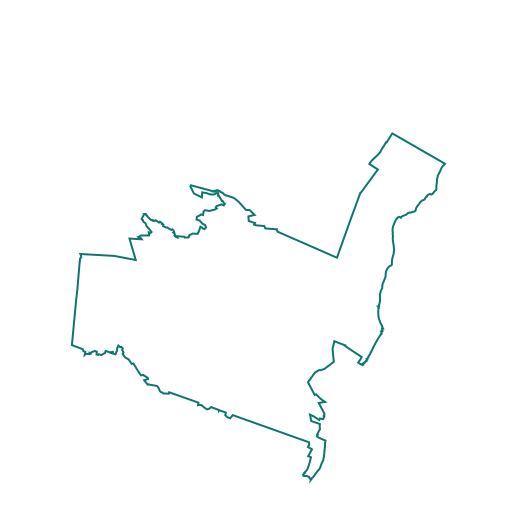 outline of Salacgrīvas pag., Salacgrivas, Latvia, rotated 208°
{"feature_id": "27541924B75150818202783", "entity_name": "Salacgrīvas pag.", "entity_type": "district", "adm_level": 2, "iso_a3": "LVA", "parent_name": "Latvia", "parent_adm1": "Salacgrivas", "projection": "robinson", "projection_center": [24.43, 57.695], "detail": "fine", "context": "isolated", "style": "outline", "palette": "teal", "viewbox_px": 512, "rotation_deg": 208, "n_neighbors": 0, "source": "geoboundaries", "source_scale": "gbopen_adm2", "svg_char_len": 6062}
<svg xmlns="http://www.w3.org/2000/svg" viewBox="0 0 512 512"><g transform="rotate(208 256 256)"><path d="M412.0,175.3L411.2,174.7L409.7,172.9L410.1,171.2L408.9,168.2L409.0,168.2L398.4,143.5L393.9,132.1L376.7,90.9L365.2,92.4L363.8,91.0L361.8,91.2L360.8,88.2L360.2,89.8L356.8,91.3L357.5,92.4L356.4,92.6L356.5,92.7L355.6,94.5L354.4,95.6L353.9,96.4L351.6,96.8L350.6,94.2L348.8,94.7L348.7,95.4L346.2,95.9L345.5,96.8L343.8,99.6L344.2,101.6L340.7,102.2L339.4,102.1L338.4,102.3L338.9,103.0L337.4,104.2L336.4,102.7L333.9,103.3L334.3,105.1L334.2,106.7L335.3,109.7L335.5,112.3L333.0,111.7L332.3,112.5L330.2,111.9L330.1,110.2L327.6,108.6L327.7,106.8L323.8,105.0L319.8,104.9L315.3,102.4L313.8,103.6L306.6,99.3L301.6,96.6L299.7,98.0L294.3,97.6L293.6,96.6L296.4,93.8L291.2,91.6L290.8,92.1L282.2,94.8L279.1,93.2L278.3,92.2L277.4,91.6L276.1,91.2L275.3,91.4L273.9,91.4L273.4,91.1L268.3,93.5L268.7,94.9L238.0,99.5L237.2,97.1L236.2,98.0L234.0,98.7L230.4,97.9L227.3,97.6L225.8,98.9L225.1,100.4L225.1,100.8L224.5,101.7L223.7,101.6L216.7,102.6L216.3,102.1L216.3,102.5L209.1,103.6L208.4,101.0L205.7,100.3L202.6,100.5L201.8,104.6L121.7,116.4L120.3,114.3L120.5,111.8L115.8,111.6L115.9,103.8L113.0,104.1L111.2,96.8L110.5,91.7L110.7,90.2L111.5,87.7L111.0,87.5L111.8,85.1L110.8,84.1L109.0,84.8L108.1,85.5L105.5,85.9L105.1,85.7L104.7,85.1L103.4,84.8L103.4,84.6L102.6,84.1L102.5,83.8L102.3,84.7L102.7,84.8L102.7,85.0L101.7,88.1L100.4,96.5L100.0,97.4L100.0,99.2L100.7,103.6L100.7,104.3L100.8,106.7L100.7,107.2L101.1,108.6L101.6,109.2L101.6,110.1L104.0,116.1L104.5,116.6L104.6,117.6L105.9,120.8L106.8,122.4L106.9,123.0L107.5,124.0L108.0,125.6L114.8,125.1L117.5,125.3L117.5,127.1L118.1,127.0L118.3,131.1L118.1,132.8L120.0,135.9L120.7,137.6L129.8,136.2L133.8,141.3L129.7,141.5L123.1,140.9L123.2,142.6L120.2,143.4L120.4,146.6L121.1,146.6L121.3,148.7L131.6,155.7L126.5,159.6L131.3,160.1L138.1,162.0L139.0,160.9L150.8,168.9L150.7,170.8L150.4,171.0L150.0,175.2L149.2,180.9L146.7,184.9L144.9,185.8L144.5,186.5L142.7,188.2L137.6,199.0L144.8,209.9L146.8,217.5L136.7,218.8L136.8,218.7L130.6,217.9L115.3,216.4L115.3,213.7L115.7,209.8L112.1,209.6L110.6,209.8L110.6,210.1L111.0,210.3L111.2,210.6L110.4,210.9L110.9,211.6L110.9,211.9L110.0,212.7L110.1,213.1L109.8,213.4L110.0,214.0L109.5,214.4L109.6,214.9L109.2,215.3L109.6,215.6L109.5,216.0L109.3,216.3L109.5,216.5L109.3,216.7L109.6,216.9L109.4,217.0L109.6,217.2L109.4,217.5L109.6,217.7L109.4,218.2L109.6,218.6L109.2,219.0L109.5,219.3L109.5,221.0L109.4,222.0L109.1,222.8L109.5,224.4L109.4,225.1L109.2,225.5L109.4,226.5L109.2,227.4L109.6,228.8L109.6,232.3L109.4,240.6L109.0,245.3L108.8,245.5L109.1,245.7L109.0,246.2L108.7,246.6L109.0,247.3L109.5,247.6L109.5,247.9L110.0,248.1L109.2,248.8L109.5,249.0L109.4,249.5L109.8,249.6L109.8,250.1L110.3,250.4L110.2,250.8L110.7,251.3L110.5,251.7L110.1,251.8L111.1,252.5L111.3,252.9L112.4,253.6L112.6,254.0L114.9,255.5L118.2,258.5L119.6,260.3L121.9,264.1L123.5,267.8L123.3,268.0L124.4,268.5L123.9,268.7L123.7,269.4L124.2,270.1L124.2,270.5L124.5,270.7L124.4,270.9L125.3,274.3L126.0,275.9L127.8,278.7L128.8,280.6L128.8,281.8L129.4,283.5L129.5,287.0L130.2,288.2L131.2,291.2L131.3,292.4L131.1,293.1L131.4,293.9L131.7,297.2L132.1,299.0L133.3,301.5L133.8,303.2L134.1,304.9L134.0,307.7L133.2,309.9L132.0,311.4L132.2,312.7L133.4,314.9L134.4,317.4L135.5,322.5L137.1,326.6L139.8,330.4L139.8,330.7L140.4,331.2L142.4,333.9L143.9,336.4L144.0,337.3L145.7,339.6L146.4,341.3L147.3,342.4L148.4,344.8L148.9,346.7L149.1,348.9L149.3,349.5L149.5,354.0L148.8,356.8L147.6,358.0L146.0,357.8L146.0,358.7L145.2,360.3L142.9,362.8L142.0,365.3L141.5,365.9L139.5,367.1L138.6,368.4L137.5,369.1L136.5,370.6L136.4,371.1L137.0,372.8L137.1,374.1L136.9,376.6L136.6,377.5L136.2,381.0L135.3,383.1L134.3,384.1L133.7,385.2L133.6,387.5L133.3,388.1L133.5,388.1L133.2,389.8L132.7,391.0L131.5,392.5L130.1,392.5L129.5,393.2L129.3,393.6L129.4,394.1L129.1,394.8L128.5,397.7L128.0,398.6L128.0,399.3L128.3,400.0L129.8,402.9L130.4,404.6L130.5,405.2L132.3,408.9L132.6,410.7L133.2,412.1L133.2,413.5L133.1,414.1L133.3,415.9L133.1,417.5L133.4,418.2L133.5,421.7L133.3,422.9L132.9,423.9L132.4,426.2L193.2,428.2L194.0,417.6L194.5,417.6L195.2,408.2L195.0,406.5L195.5,403.9L198.4,395.3L199.0,392.5L199.1,390.4L189.0,389.6L193.2,360.7L193.5,360.6L189.6,332.5L183.7,292.5L248.2,287.6L250.3,289.0L250.3,289.3L260.7,284.7L262.8,286.3L270.2,283.2L272.4,282.8L272.3,284.6L278.8,283.5L281.3,287.4L276.5,291.6L283.3,293.6L286.3,291.9L296.9,295.8L302.3,296.8L304.2,296.7L310.6,295.6L310.7,295.3L313.1,295.3L314.2,296.0L315.0,295.8L315.6,296.1L316.7,295.9L318.9,296.3L319.7,295.8L320.6,296.1L320.8,295.6L321.2,295.5L321.0,295.2L322.3,294.6L322.0,294.5L322.4,293.7L323.2,293.5L323.3,293.1L323.5,293.0L324.3,293.0L324.6,292.6L325.6,292.7L346.6,287.9L346.5,286.5L340.1,282.0L331.3,282.4L333.4,286.9L329.2,288.3L326.3,288.6L322.8,290.0L321.0,291.8L320.3,293.1L318.9,293.8L317.9,291.4L317.0,291.8L312.0,288.6L311.3,289.0L309.0,287.6L308.1,287.6L308.2,285.5L310.6,285.4L314.2,281.7L314.5,280.3L312.9,279.6L314.1,277.7L318.4,273.8L322.6,272.5L323.2,270.8L322.0,267.3L324.0,266.9L324.0,266.6L326.6,262.8L325.6,260.3L322.3,260.8L318.7,259.4L315.4,259.4L313.5,257.7L314.1,255.5L316.1,255.3L316.8,255.8L318.8,255.7L317.9,250.0L318.2,249.5L317.8,248.3L322.5,246.0L324.7,242.9L324.1,241.6L324.5,241.0L324.5,240.6L327.7,238.8L328.4,239.3L335.3,236.3L334.1,235.4L334.5,235.3L336.2,235.3L337.6,235.8L337.8,237.2L338.9,237.7L340.0,237.8L339.5,238.8L341.2,240.0L342.5,240.2L343.1,239.3L345.9,239.3L347.4,239.6L348.1,239.1L352.0,238.7L352.4,240.1L354.0,240.1L353.9,240.7L356.9,241.2L357.3,240.0L361.1,240.4L361.3,240.0L361.7,240.1L362.4,239.0L363.9,239.2L364.0,238.7L365.6,238.8L366.0,238.5L370.9,240.1L372.0,240.8L372.3,240.6L372.9,240.8L372.9,241.2L373.4,241.2L374.7,240.4L374.4,240.1L374.4,235.1L374.0,234.7L372.6,234.6L371.7,233.5L371.1,233.3L369.1,233.1L366.7,231.1L359.5,228.2L360.1,226.6L361.7,226.5L360.9,225.5L360.1,223.9L367.0,220.2L367.4,219.9L368.3,218.2L368.8,217.6L365.6,217.6L364.7,217.1L375.9,212.0L360.3,196.0L381.3,189.5L412.0,175.3Z" fill="none" stroke="#0f766e" stroke-width="2"/></g></svg>